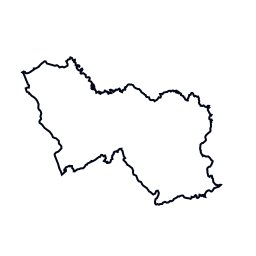 Shwebo, Sagaing, Myanmar, rotated 161°
{"feature_id": "60261553B74508542584232", "entity_name": "Shwebo", "entity_type": "district", "adm_level": 2, "iso_a3": "MMR", "parent_name": "Myanmar", "parent_adm1": "Sagaing", "projection": "natural_earth1", "projection_center": [95.37, 22.738], "detail": "fine", "context": "isolated", "style": "outline", "palette": "ink", "viewbox_px": 256, "rotation_deg": 161, "n_neighbors": 0, "source": "geoboundaries", "source_scale": "gbopen_adm2", "svg_char_len": 5855}
<svg xmlns="http://www.w3.org/2000/svg" viewBox="0 0 256 256"><g transform="rotate(161 128 128)"><path d="M205.7,105.4L200.7,107.5L200.4,108.6L202.0,108.8L201.7,109.5L201.1,109.5L199.8,110.9L195.7,111.3L195.3,110.5L194.3,110.7L193.4,110.3L193.8,108.0L193.1,107.0L193.0,105.8L193.4,104.7L192.5,104.3L189.4,105.4L187.6,105.0L185.7,105.2L183.7,104.5L181.8,105.3L180.2,106.7L179.6,106.9L178.7,106.7L178.0,107.6L174.4,107.9L174.2,108.4L173.2,108.2L173.0,108.6L172.1,108.1L169.9,108.4L165.1,110.0L163.7,109.8L162.3,111.2L161.8,111.2L161.0,110.8L160.2,109.1L159.8,109.0L158.7,109.5L158.6,109.1L158.8,106.5L161.6,104.6L161.2,104.2L160.4,104.4L160.5,104.1L159.8,103.0L159.0,102.9L159.2,102.1L158.5,102.1L158.6,101.6L157.1,101.2L155.7,101.5L154.3,103.6L152.7,103.8L152.7,105.6L151.9,106.4L151.9,107.0L150.0,108.0L149.9,108.7L149.3,109.1L149.3,109.6L148.0,110.0L146.8,109.5L146.0,109.8L145.7,108.7L145.4,108.7L145.3,109.5L143.5,110.7L142.5,110.9L140.9,110.5L141.2,109.8L141.2,109.0L140.7,108.2L141.2,102.5L140.5,100.5L142.5,99.9L142.7,99.1L141.2,96.2L140.6,93.2L139.8,92.7L137.2,88.7L137.0,85.8L137.7,84.9L137.9,82.2L136.1,80.6L135.7,79.8L135.7,75.7L134.9,73.9L133.6,73.1L133.2,72.5L132.9,69.9L132.4,68.6L129.7,64.9L128.7,61.1L127.8,60.3L125.8,56.9L123.8,57.1L121.7,59.3L120.2,59.0L120.0,56.4L120.9,55.0L123.5,52.2L125.0,51.9L126.6,49.4L126.5,48.7L126.9,48.1L126.8,47.4L126.4,46.5L124.9,46.5L123.7,45.4L122.5,45.6L120.3,45.1L119.3,46.0L117.1,46.2L115.7,44.8L114.0,44.5L111.9,45.3L111.1,44.7L108.8,44.9L107.9,45.9L104.3,46.4L103.2,47.1L101.9,46.4L100.7,46.8L98.9,46.6L97.9,46.1L97.4,44.1L95.1,42.5L93.4,41.8L92.0,40.7L91.0,40.9L90.3,42.2L89.7,41.7L88.1,41.3L86.5,42.4L85.8,42.5L85.3,41.3L85.8,40.0L85.2,39.3L84.6,39.1L83.0,39.8L82.1,41.7L81.7,41.5L81.5,40.6L80.9,40.3L80.7,39.8L80.1,39.7L79.6,40.5L78.9,40.3L78.6,39.8L78.6,38.5L77.5,37.8L77.6,38.4L77.0,39.6L77.0,40.3L74.3,42.6L73.6,42.5L72.6,42.9L71.5,42.7L70.2,40.9L69.4,40.8L67.7,41.7L66.4,43.0L60.9,43.0L58.7,44.0L59.3,44.4L60.5,44.3L62.3,44.7L62.4,45.3L63.6,45.8L64.9,49.1L64.2,52.5L64.9,53.6L64.3,54.4L64.3,55.5L65.4,56.0L66.8,55.3L67.7,56.3L67.5,59.7L66.8,61.7L66.6,63.3L65.7,64.4L64.2,65.0L63.0,64.7L61.2,66.0L58.8,68.8L58.8,69.6L59.8,70.8L60.2,72.8L61.3,74.9L63.7,75.7L65.4,77.4L66.4,77.1L67.1,80.8L67.0,81.8L66.6,82.6L66.8,83.1L66.5,83.6L66.7,84.7L64.8,88.8L63.2,89.6L62.0,89.4L58.6,90.8L58.1,91.5L58.0,93.8L57.5,94.9L56.6,95.7L53.2,97.3L52.2,97.5L50.9,98.4L50.3,100.8L49.0,102.4L48.0,106.0L47.5,106.2L47.7,107.5L46.2,107.8L46.3,108.8L47.3,109.1L48.2,110.2L47.9,111.1L46.9,112.5L46.2,112.8L45.2,112.6L44.7,113.2L45.7,113.9L46.0,114.9L46.6,118.9L46.2,120.5L44.9,120.8L45.1,121.0L45.0,121.4L44.1,122.5L45.1,123.0L46.6,122.3L47.3,122.4L48.2,123.1L49.2,124.8L50.7,124.6L52.1,125.4L51.9,126.1L52.7,127.5L52.7,128.8L51.9,130.1L51.7,132.4L51.3,133.0L51.5,134.9L52.4,134.9L53.7,136.4L54.9,136.3L55.3,137.3L55.2,139.0L55.7,140.2L56.6,140.5L58.1,139.0L59.3,139.3L61.2,136.6L61.8,136.5L62.3,135.8L62.4,134.6L63.0,134.7L64.6,136.4L64.7,138.4L65.3,139.0L65.3,140.1L67.2,141.9L66.7,143.1L67.0,143.7L68.5,144.2L68.4,145.6L68.6,145.8L69.9,145.2L70.9,146.0L70.6,146.4L69.6,146.4L69.5,146.8L70.3,147.7L72.7,147.7L73.3,148.9L75.7,148.6L76.0,149.5L76.5,149.7L77.6,149.8L79.5,149.3L79.9,149.6L82.8,149.8L84.5,148.8L85.0,149.3L86.6,149.7L86.5,147.4L87.3,146.3L87.6,146.6L88.6,146.5L89.0,147.0L91.0,145.4L94.2,144.7L94.6,146.2L97.3,146.9L97.9,147.5L98.2,148.5L98.1,150.1L100.4,151.4L100.6,151.8L100.6,153.3L101.5,154.2L101.7,155.0L103.7,157.5L103.8,158.9L104.9,161.3L106.0,161.6L108.1,163.5L108.9,165.0L109.1,166.7L110.9,168.2L111.7,168.2L112.7,168.9L114.1,168.9L116.3,167.4L117.0,167.2L117.2,167.5L117.7,167.3L117.9,165.5L118.4,165.1L119.0,165.8L120.3,165.6L121.9,163.8L122.4,164.3L122.6,165.1L123.0,165.1L123.0,165.6L123.6,165.7L123.5,166.2L122.9,166.4L123.3,168.0L126.0,167.6L126.8,168.2L127.7,167.4L128.6,167.8L129.9,166.7L130.3,166.7L130.2,168.3L131.7,169.8L132.6,169.9L132.6,166.5L134.3,167.0L135.4,166.8L135.4,167.4L135.1,167.8L135.8,168.1L135.9,168.5L135.6,168.8L136.4,169.2L136.3,169.6L137.1,169.8L137.3,170.6L137.7,170.9L139.1,169.7L140.3,169.6L141.2,169.8L142.4,169.6L142.2,170.7L142.8,171.0L143.0,170.8L142.7,169.9L143.0,169.4L143.8,170.1L143.4,170.6L143.7,172.0L146.5,171.6L146.3,173.8L146.8,174.6L146.7,175.3L149.2,176.3L149.7,177.1L149.6,177.7L148.6,178.3L147.9,178.2L146.8,176.9L146.4,177.8L146.4,180.1L147.8,180.5L148.6,179.7L148.9,179.8L148.7,180.3L147.2,181.8L147.6,182.3L147.6,183.4L148.0,184.1L149.6,185.4L148.1,187.1L147.9,188.0L148.6,188.9L150.0,189.0L151.0,189.6L151.1,191.0L150.7,191.8L152.4,194.4L154.6,194.6L155.0,195.2L154.6,196.1L153.9,196.9L153.1,197.1L152.0,198.2L152.0,199.0L152.6,199.2L154.9,198.0L156.0,198.8L156.9,201.0L156.9,201.9L156.2,202.8L155.4,202.3L154.6,202.4L154.1,201.9L153.7,202.4L154.0,203.2L155.0,203.8L156.7,203.9L157.1,204.4L156.3,206.5L157.5,208.0L156.2,208.9L156.0,209.8L157.7,209.7L158.1,210.0L158.2,212.5L159.5,213.5L160.7,212.0L162.3,212.3L163.8,211.2L164.7,211.2L164.3,208.5L164.6,207.1L165.1,206.5L168.6,206.1L170.3,207.4L173.0,207.6L173.9,209.5L174.8,210.5L176.8,210.6L183.7,215.4L184.2,217.8L185.1,218.2L189.1,216.9L191.6,215.6L192.0,215.1L195.7,214.3L197.6,214.9L197.7,214.0L203.2,212.5L205.6,212.6L206.8,213.1L207.2,214.6L208.3,215.4L209.9,215.0L209.2,214.0L209.0,213.1L208.4,201.8L207.7,200.5L208.6,198.5L209.9,199.0L211.8,198.8L211.9,195.2L210.1,193.6L210.2,192.6L209.8,192.5L208.6,189.8L206.9,187.7L205.7,185.5L205.0,182.9L204.8,179.6L206.3,176.2L206.3,174.9L205.2,172.4L205.2,170.1L207.1,167.3L207.0,165.9L207.3,164.6L208.1,164.4L209.5,163.3L209.9,161.7L208.1,159.1L206.9,155.2L203.2,149.9L202.1,146.3L202.0,143.9L201.8,143.4L199.4,141.7L197.6,138.4L198.4,135.7L197.5,134.1L197.0,132.3L197.6,130.4L201.4,128.4L204.2,128.2L205.7,127.3L206.0,126.8L206.2,125.7L205.8,117.0L206.1,112.1L205.7,109.0L205.7,105.4Z" fill="none" stroke="#020617" stroke-width="2"/></g></svg>